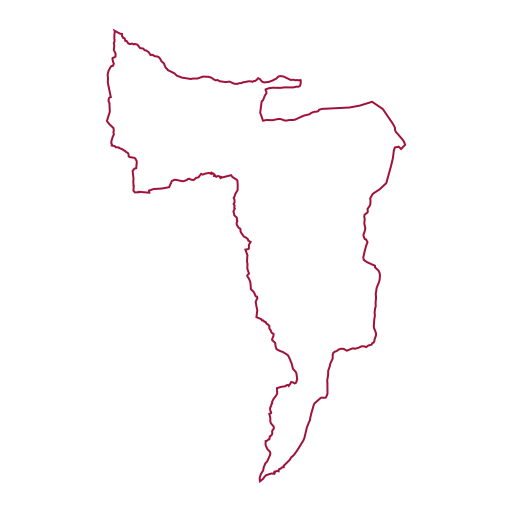 Capital, Salta, Argentina (Equal Earth projection)
{"feature_id": "61730980B15488687390300", "entity_name": "Capital", "entity_type": "district", "adm_level": 2, "iso_a3": "ARG", "parent_name": "Argentina", "parent_adm1": "Salta", "projection": "equal_earth", "projection_center": [-65.343, -24.972], "detail": "fine", "context": "isolated", "style": "outline", "palette": "rose", "viewbox_px": 512, "rotation_deg": 0, "n_neighbors": 0, "source": "geoboundaries", "source_scale": "gbopen_adm2", "svg_char_len": 6006}
<svg xmlns="http://www.w3.org/2000/svg" viewBox="0 0 512 512"><path d="M283.7,467.2L283.5,466.0L289.7,459.9L291.1,457.5L293.9,455.0L297.1,450.6L303.4,440.4L304.5,437.6L306.8,427.7L309.0,422.1L309.9,420.4L310.4,417.2L311.4,413.1L313.8,404.8L314.6,403.3L320.4,398.2L321.5,397.6L324.5,397.8L325.8,397.5L326.4,396.5L327.5,393.6L327.4,382.4L327.2,380.4L328.1,375.2L328.2,370.7L329.7,366.5L330.2,363.9L332.7,358.5L332.7,354.8L333.3,352.9L334.7,351.7L336.4,351.2L338.9,349.4L340.5,348.9L341.9,348.7L343.9,349.0L346.9,350.7L351.9,348.6L353.5,348.3L354.5,348.8L358.0,348.0L361.5,346.3L364.4,346.4L366.2,347.1L368.3,345.5L371.5,344.7L372.4,343.1L373.6,342.6L374.3,341.3L374.7,339.0L375.9,335.7L376.1,333.7L375.2,330.8L374.0,328.2L373.8,326.3L374.3,319.0L374.9,315.8L374.6,312.6L375.1,308.3L375.7,306.6L375.6,301.8L376.0,299.0L376.0,295.7L375.7,294.3L376.7,287.7L378.9,282.4L379.6,279.9L380.0,275.0L379.5,272.8L378.4,270.5L375.1,267.5L375.0,265.8L366.9,262.1L363.7,259.8L363.3,257.4L364.5,251.9L366.1,245.9L367.5,242.3L366.1,239.5L364.8,239.0L363.8,237.0L363.4,234.9L364.7,231.2L365.3,228.4L364.3,223.5L364.7,218.8L364.2,216.6L364.7,214.6L367.5,212.5L367.8,211.0L367.5,209.0L369.6,206.0L370.3,204.3L370.5,200.1L370.2,198.4L371.9,195.3L372.8,193.9L374.0,193.0L379.6,189.4L386.3,183.1L391.1,165.7L392.9,158.1L393.9,150.3L394.9,147.5L398.7,146.7L401.1,149.0L405.1,144.8L404.0,141.7L402.0,138.9L395.8,131.8L395.0,129.9L394.9,127.6L393.0,124.0L382.8,109.0L372.1,101.8L359.8,105.6L349.6,107.5L322.0,108.9L319.1,109.7L318.4,111.0L317.0,111.6L314.2,111.8L311.3,112.9L309.4,114.3L303.6,115.7L294.9,119.7L293.1,120.0L289.4,120.0L286.5,120.6L284.4,120.4L280.5,119.0L278.2,119.0L272.6,120.2L266.5,120.0L263.0,120.7L260.2,112.6L261.7,101.3L263.0,100.3L264.8,95.7L266.4,93.3L266.3,91.5L265.7,90.5L265.6,89.4L269.1,88.2L272.8,87.7L280.2,87.9L284.1,87.4L293.4,87.4L296.9,86.6L298.0,86.8L299.7,86.2L300.3,85.1L300.7,82.7L300.8,80.7L300.5,80.0L299.0,80.4L297.0,80.0L295.5,80.3L294.0,79.8L290.6,79.9L283.5,76.5L280.7,76.1L279.4,76.2L278.1,76.8L276.4,78.5L272.8,80.4L268.8,81.9L264.6,82.4L263.0,82.1L261.9,81.5L259.7,78.9L258.2,78.2L256.5,80.0L254.9,81.1L253.8,81.0L252.5,81.8L250.8,81.3L248.4,81.3L244.7,82.1L243.5,82.1L241.1,83.2L239.2,83.2L237.4,83.9L234.1,83.7L229.6,81.6L225.8,82.1L219.4,81.2L217.6,80.0L215.9,80.3L214.6,79.9L211.2,77.6L208.4,76.8L202.9,76.6L197.5,78.5L192.2,78.6L190.9,79.0L181.9,77.6L176.8,75.6L174.4,73.3L167.8,70.1L167.0,68.8L166.4,68.5L165.4,67.2L163.9,63.4L161.5,61.3L160.2,58.8L158.6,57.0L157.3,56.5L154.7,56.2L152.7,54.9L151.7,54.8L150.6,55.1L148.8,52.3L146.2,50.5L144.6,50.2L143.3,48.6L140.1,48.1L137.4,44.6L134.7,44.0L133.8,44.4L132.1,43.6L129.9,44.1L128.9,43.5L128.4,43.6L126.6,41.0L125.4,40.9L124.6,38.3L123.2,38.0L122.9,37.0L122.1,36.3L122.0,34.0L119.9,33.6L114.5,30.7L114.8,31.6L114.4,34.9L114.3,38.7L114.6,39.8L114.4,42.1L113.8,43.0L114.3,45.7L113.8,49.9L115.6,53.8L115.5,56.5L114.7,57.2L112.9,57.8L112.4,58.5L113.0,61.6L113.8,63.7L113.0,65.8L111.3,66.1L110.2,67.7L108.6,70.6L107.6,74.6L108.0,78.4L107.8,82.5L110.8,97.1L109.8,97.4L109.0,98.1L108.6,99.7L108.6,101.3L109.4,102.8L109.8,111.8L106.9,121.0L109.3,124.1L113.5,128.1L113.8,130.9L113.4,132.1L113.9,134.3L112.8,136.5L111.4,141.2L111.3,143.5L112.0,144.4L111.7,145.5L114.7,146.1L115.8,147.3L118.7,147.4L119.1,148.0L122.5,149.3L123.6,150.3L125.2,151.0L126.2,152.1L127.7,152.8L128.6,154.4L128.7,156.4L129.5,157.0L134.1,157.8L135.3,158.5L136.6,161.0L136.8,162.2L136.2,168.2L134.3,168.7L132.6,171.0L133.5,178.6L133.3,181.5L133.5,185.9L133.8,186.0L133.4,190.6L134.9,192.4L138.7,192.3L138.7,191.8L149.3,192.7L149.0,190.6L153.7,189.0L161.4,188.6L169.1,187.2L171.8,181.1L174.3,179.8L176.3,179.9L181.8,181.1L183.5,181.2L186.9,180.0L187.8,179.1L189.1,178.7L190.8,179.6L193.4,180.0L194.4,179.5L196.0,177.9L198.5,177.3L201.1,173.9L202.7,174.6L205.7,173.5L209.1,173.0L211.2,173.8L211.0,172.9L211.3,172.6L212.2,173.2L213.6,173.6L214.2,174.6L214.1,176.0L214.6,176.0L215.0,175.3L216.2,176.8L218.0,176.0L219.5,176.4L220.5,178.1L220.9,177.9L220.8,177.0L221.2,176.8L222.4,177.4L231.1,175.2L232.4,177.0L236.9,179.9L237.4,180.8L237.7,185.4L237.6,190.1L235.3,194.0L234.5,196.6L233.7,197.8L234.5,199.8L234.5,202.6L233.6,204.0L234.7,205.9L234.2,207.8L234.8,208.6L233.4,211.6L234.0,213.3L234.3,215.3L236.3,217.1L237.0,218.3L236.8,220.0L237.4,220.9L236.6,223.1L236.9,225.1L238.8,227.9L240.0,228.5L240.6,229.7L240.4,230.9L241.0,232.5L243.8,236.5L246.5,237.9L248.0,239.4L248.2,240.5L250.6,242.0L249.7,243.3L248.9,245.1L248.9,248.5L248.2,249.1L245.4,249.6L247.4,255.1L247.0,261.6L247.5,263.8L247.3,268.6L249.0,273.6L247.6,274.9L247.2,276.0L249.1,279.0L250.2,281.7L250.5,283.4L250.9,289.2L253.6,291.9L254.4,293.2L255.7,296.3L257.0,296.7L257.4,298.0L255.7,301.7L256.4,306.3L257.3,310.2L256.4,317.1L261.5,319.3L261.9,320.4L263.3,320.5L264.4,321.8L265.5,321.8L266.5,323.7L267.8,324.4L269.4,326.1L269.3,328.1L269.8,329.3L270.6,330.0L271.1,331.8L272.1,333.1L273.6,333.9L273.4,336.1L272.3,338.7L272.1,340.0L275.2,342.9L275.6,346.5L276.6,349.2L280.0,351.0L282.9,352.0L287.8,355.1L289.4,358.0L291.8,364.0L292.9,368.7L295.8,372.0L296.5,373.9L297.2,379.2L296.0,382.7L294.7,383.4L292.7,382.3L291.2,382.0L290.2,383.9L288.7,385.9L287.9,384.9L286.4,385.3L285.5,386.2L280.9,386.9L277.0,388.2L277.2,393.5L276.2,395.5L273.2,399.5L272.0,402.1L272.2,403.3L271.3,404.5L271.2,406.1L270.2,407.5L270.1,408.9L270.2,410.3L271.2,412.5L270.9,413.2L269.3,413.8L270.3,417.9L270.3,421.3L270.9,423.3L273.6,426.4L273.9,427.7L273.5,429.1L272.6,430.0L272.1,431.7L272.3,433.3L271.9,434.6L271.0,435.7L269.7,436.4L269.7,437.8L269.3,439.3L268.5,439.4L266.8,440.9L265.7,441.0L265.5,444.3L265.9,445.9L267.5,449.2L269.8,451.7L270.4,453.3L270.0,455.1L267.5,460.8L267.0,461.7L265.3,463.4L263.6,467.7L263.3,469.9L262.9,470.9L260.9,474.1L259.8,477.4L259.7,480.0L260.0,481.3L263.1,478.8L264.6,476.7L266.1,475.2L271.4,473.5L274.4,473.8L274.8,472.8L274.2,472.2L274.5,471.6L277.4,471.0L278.6,471.3L278.7,470.7L278.5,470.3L279.3,469.0L280.8,468.6L281.8,467.5L283.7,467.2Z" fill="none" stroke="#9f1239" stroke-width="2"/></svg>